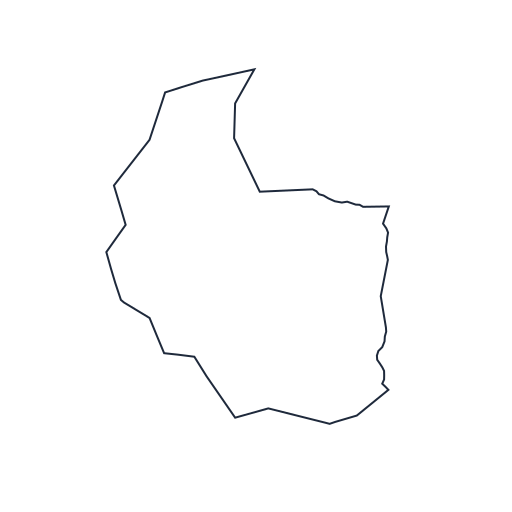 Caridade do Piauí, Piauí, Brazil, rotated 248°
{"feature_id": "56859067B32922101627440", "entity_name": "Caridade do Piauí", "entity_type": "district", "adm_level": 2, "iso_a3": "BRA", "parent_name": "Brazil", "parent_adm1": "Piauí", "projection": "albers", "projection_center": [-40.967, -7.711], "detail": "fine", "context": "isolated", "style": "outline", "palette": "slate", "viewbox_px": 512, "rotation_deg": 248, "n_neighbors": 0, "source": "geoboundaries", "source_scale": "gbopen_adm2", "svg_char_len": 1032}
<svg xmlns="http://www.w3.org/2000/svg" viewBox="0 0 512 512"><g transform="rotate(248 256 256)"><path d="M429.7,324.4L433.2,303.7L438.6,272.3L440.4,250.7L441.7,233.0L434.5,227.0L403.6,200.8L381.5,162.6L374.6,150.7L347.7,148.2L333.7,146.8L324.9,133.0L315.7,118.7L298.6,116.8L283.6,115.4L265.9,114.3L262.3,116.2L238.4,134.1L219.3,134.2L200.3,134.4L193.8,146.6L185.7,161.1L163.0,165.1L113.9,176.1L110.1,210.3L83.2,247.2L75.7,257.5L72.8,261.4L72.5,267.3L70.3,289.7L82.3,328.6L86.1,327.1L90.3,325.2L93.5,328.5L97.5,330.2L101.5,331.7L105.4,331.4L109.6,330.6L114.4,329.5L118.4,330.8L122.1,333.9L124.2,338.9L128.7,343.2L133.1,345.3L137.1,348.4L141.1,349.7L172.0,356.6L203.0,376.8L206.5,377.5L210.9,378.2L216.1,380.1L220.4,382.8L224.2,384.7L228.2,387.2L232.8,387.2L238.4,385.9L252.2,397.7L261.5,373.7L264.7,371.2L266.3,367.7L269.1,364.5L272.2,360.9L273.4,355.6L277.2,349.6L282.4,344.6L286.8,341.3L289.7,337.5L293.4,336.3L296.6,333.5L314.2,283.6L373.4,279.8L405.3,293.8L429.7,324.4Z" fill="none" stroke="#1e293b" stroke-width="2"/></g></svg>